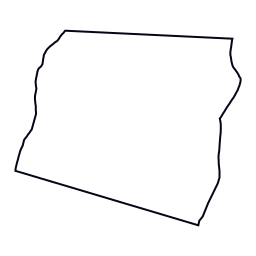 the district of Martin, Choiseul, Saint Lucia
{"feature_id": "8701671B20776144053651", "entity_name": "Martin", "entity_type": "district", "adm_level": 2, "iso_a3": "LCA", "parent_name": "Saint Lucia", "parent_adm1": "Choiseul", "projection": "robinson", "projection_center": [-61.046, 13.789], "detail": "fine", "context": "isolated", "style": "outline", "palette": "ink", "viewbox_px": 256, "rotation_deg": 0, "n_neighbors": 0, "source": "geoboundaries", "source_scale": "gbopen_adm2", "svg_char_len": 2692}
<svg xmlns="http://www.w3.org/2000/svg" viewBox="0 0 256 256"><path d="M232.4,38.7L65.2,30.7L64.8,31.2L63.2,33.2L62.1,34.2L61.5,34.9L61.3,35.2L60.7,35.9L60.3,36.4L60.1,36.7L59.8,37.2L59.3,38.1L58.8,38.9L58.4,39.5L57.9,40.1L57.3,40.8L57.0,41.0L56.6,41.4L56.1,41.6L55.5,42.0L55.1,42.2L54.7,42.6L54.1,43.1L53.5,43.7L53.2,43.9L52.9,44.2L52.0,44.9L50.7,45.8L50.0,46.4L49.4,47.0L48.8,47.6L48.0,48.4L47.6,48.8L46.9,49.6L46.6,50.1L46.1,50.8L45.7,51.7L44.5,53.8L44.0,54.6L43.8,55.5L43.7,56.1L43.7,56.5L43.6,57.1L43.3,58.1L43.2,59.2L43.1,60.0L42.9,61.1L42.8,61.8L42.7,62.4L42.5,64.0L42.1,64.7L41.5,65.7L40.6,66.9L40.4,67.1L40.0,67.3L39.4,67.9L38.8,68.4L38.5,68.8L38.2,69.4L37.6,71.2L37.4,71.6L37.2,73.0L36.9,74.2L36.9,74.5L36.7,75.4L36.6,75.8L36.5,76.7L36.1,78.2L36.0,78.7L35.9,79.4L35.7,80.4L35.7,80.8L35.6,81.5L35.6,82.4L35.7,83.7L35.9,85.1L35.9,85.6L36.1,86.8L36.2,87.2L36.3,88.1L36.4,89.0L36.2,89.7L36.1,90.1L35.8,91.8L35.6,92.9L35.5,93.6L35.2,94.7L35.1,95.3L35.1,95.8L35.0,96.4L35.0,96.7L35.0,97.1L35.0,97.4L34.9,97.7L34.9,98.9L35.1,100.4L35.1,101.0L35.2,101.5L35.3,102.6L35.4,103.8L35.7,105.5L35.8,107.1L35.8,108.2L35.8,109.3L35.8,110.4L35.9,110.9L35.9,111.4L36.0,112.8L36.1,113.2L36.0,114.1L31.7,129.6L31.2,130.2L30.5,131.1L30.2,131.5L29.9,132.1L29.2,133.1L28.8,133.5L28.2,134.3L27.4,135.5L26.6,136.7L26.4,137.0L25.8,137.7L25.4,138.1L25.0,138.7L24.6,139.1L24.3,139.6L24.0,140.4L23.8,141.2L23.4,142.6L22.7,145.6L22.0,147.0L21.6,147.8L21.1,148.8L20.8,149.5L20.6,149.9L20.5,150.4L20.2,151.2L19.8,152.3L19.7,152.8L19.5,153.8L19.2,154.7L18.8,155.8L18.6,156.7L18.3,158.0L18.0,159.2L17.7,160.3L17.3,161.7L17.1,162.3L17.0,162.7L16.7,164.0L16.5,164.8L16.3,165.5L16.2,166.0L15.7,168.2L15.4,170.8L15.6,170.9L198.3,225.3L199.3,220.8L202.7,216.5L208.2,203.0L217.8,183.3L219.5,177.5L219.5,170.9L219.2,167.9L219.0,166.0L218.8,164.7L218.7,162.4L218.7,161.1L218.6,159.7L218.5,157.4L218.6,155.6L218.7,154.1L219.0,152.4L219.3,149.8L219.8,141.9L220.0,140.1L220.1,138.3L220.3,135.9L220.6,133.7L220.7,131.5L220.8,129.4L220.8,126.9L220.8,124.6L220.6,123.0L220.4,121.4L220.1,120.2L219.8,118.4L220.3,117.9L220.9,117.2L221.5,116.1L222.6,114.3L223.5,112.8L224.5,111.4L225.6,109.4L227.6,106.3L229.3,103.9L230.6,101.8L232.0,99.7L233.0,98.3L233.9,97.0L234.7,95.6L235.6,93.9L236.3,92.5L237.4,90.7L238.1,89.0L238.8,87.0L239.1,86.5L239.5,85.3L239.8,84.4L240.1,83.0L240.4,82.0L240.6,80.4L240.6,79.2L240.5,78.3L240.1,77.6L239.5,76.9L239.0,76.0L238.6,74.9L237.9,73.7L237.0,72.2L236.1,71.1L235.1,69.5L233.3,67.3L232.4,65.2L232.0,63.6L231.5,61.6L231.2,59.6L230.9,57.5L230.4,55.0L230.3,52.8L230.6,50.2L230.9,48.2L231.2,46.7L231.4,45.0L231.6,43.4L231.9,41.4L232.2,39.4L232.4,38.7Z" fill="none" stroke="#020617" stroke-width="2"/></svg>